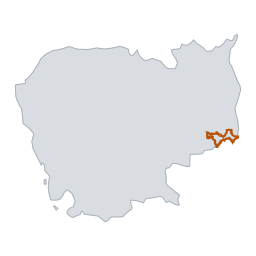 location of Ou Reang, Môndól Kiri, Cambodia
{"feature_id": "14789045B75407950785126", "entity_name": "Ou Reang", "entity_type": "district", "adm_level": 2, "iso_a3": "KHM", "parent_name": "Cambodia", "parent_adm1": "Môndól Kiri", "projection": "mercator", "projection_center": [107.115, 12.328], "detail": "fine", "context": "in_parent", "style": "outline", "palette": "amber", "viewbox_px": 256, "rotation_deg": 0, "n_neighbors": 0, "source": "geoboundaries", "source_scale": "gbopen_adm2", "svg_char_len": 7158}
<svg xmlns="http://www.w3.org/2000/svg" viewBox="0 0 256 256"><path d="M237.0,34.2L237.6,36.7L235.9,41.2L233.9,45.4L230.4,49.0L230.2,51.7L229.0,59.7L229.4,62.2L230.3,64.4L231.4,65.6L234.5,73.3L237.4,80.4L240.1,86.2L240.6,89.9L238.1,99.2L235.1,107.8L235.4,112.0L236.6,116.3L238.0,121.9L238.5,129.2L237.8,133.9L236.4,136.8L233.8,139.8L231.6,141.4L228.9,138.8L226.8,138.7L223.9,139.5L221.6,140.7L217.0,145.1L211.9,149.4L204.8,150.5L202.1,153.6L199.1,154.1L193.5,154.2L189.9,155.0L190.0,156.6L189.7,164.1L189.8,165.9L189.2,166.4L186.7,166.6L182.4,165.4L176.6,163.6L172.5,163.3L170.3,166.6L169.1,167.9L167.5,168.0L165.9,168.6L165.3,170.1L165.2,171.9L166.0,175.1L166.3,180.1L166.1,183.4L167.6,185.6L176.5,192.8L179.1,194.6L179.4,195.7L177.8,199.6L179.2,205.1L176.4,205.0L171.8,202.7L169.6,201.2L166.9,202.4L166.0,202.2L164.1,199.4L161.8,196.7L159.3,196.5L154.2,197.6L148.9,198.3L146.9,198.3L146.1,198.8L143.0,203.0L141.7,202.2L136.4,200.7L131.5,200.1L130.5,201.1L131.1,204.5L132.2,207.8L131.6,209.2L128.9,210.9L125.4,214.0L123.2,216.4L121.7,217.0L116.4,216.9L111.0,217.2L108.9,219.5L106.9,221.3L105.1,221.8L98.2,216.1L84.3,214.2L82.8,211.7L81.5,211.2L80.2,214.4L72.6,217.5L69.4,215.7L67.0,213.4L67.4,210.6L69.6,208.3L73.4,206.7L75.1,201.0L72.2,193.7L69.7,191.6L67.0,189.9L64.2,192.6L61.9,197.2L59.4,199.6L56.0,200.2L50.9,200.0L48.9,193.0L48.2,187.1L48.9,180.3L49.7,176.2L44.8,170.6L44.5,165.3L42.2,162.6L41.5,164.0L41.5,165.5L40.9,164.4L33.1,148.8L31.8,141.6L33.2,136.0L33.9,134.1L31.7,131.2L28.6,127.9L23.0,123.5L22.6,116.6L21.4,108.4L19.7,105.7L17.2,100.6L15.8,96.5L15.4,85.4L16.1,84.5L20.0,84.2L25.0,83.4L25.8,81.6L24.9,80.2L28.2,77.7L32.8,72.2L36.4,66.5L39.0,62.8L40.5,59.2L45.7,54.2L52.9,50.6L57.7,49.8L62.8,48.6L67.6,46.9L69.9,46.7L76.0,48.8L79.2,49.3L82.7,49.3L86.2,49.5L89.3,49.3L96.7,47.9L104.5,49.0L111.5,48.1L120.2,46.4L124.4,47.5L128.3,49.2L128.8,52.5L129.7,54.1L131.0,55.3L132.8,55.3L135.0,52.9L136.8,50.5L137.4,50.0L137.5,51.2L138.4,53.8L140.1,56.4L141.7,58.2L144.5,60.4L146.3,60.5L152.2,58.4L161.1,61.5L162.2,63.1L165.0,66.3L168.1,68.6L175.1,68.7L177.5,63.1L176.3,59.7L172.4,53.7L171.3,50.2L172.6,49.5L179.3,48.9L180.3,48.2L181.8,44.3L183.6,44.8L187.3,45.3L191.3,42.6L193.6,39.8L194.9,41.1L196.2,43.0L197.8,44.2L200.6,45.8L203.7,48.2L205.6,50.5L207.2,51.4L211.1,50.8L212.2,50.9L214.5,48.1L216.1,46.5L217.5,47.0L219.5,46.9L223.6,43.4L226.0,40.1L227.3,39.2L231.0,40.8L232.5,40.5L234.7,36.0L237.0,34.2ZM46.3,183.8L45.5,184.3L44.8,184.3L44.1,183.6L44.1,181.1L44.7,179.6L45.9,179.3L46.3,183.8ZM57.9,208.4L56.3,210.1L53.9,206.7L53.9,205.7L57.9,208.4Z" fill="#d9dde1" stroke="#a8b0b8" stroke-width="1"/><path d="M216.4,147.0L216.6,147.0L216.8,146.9L217.0,146.9L216.9,146.7L217.0,146.5L217.1,146.3L217.2,146.1L217.4,146.0L217.2,145.9L217.4,145.9L217.3,145.7L217.5,145.9L217.7,145.7L217.8,145.8L218.0,145.6L218.2,145.4L217.8,145.0L218.0,144.9L217.9,144.8L218.0,144.7L218.3,144.7L218.5,144.6L218.5,144.8L218.8,144.8L218.9,144.6L218.9,144.4L219.0,144.4L219.0,144.1L219.2,143.9L219.1,143.7L219.3,143.6L219.4,143.4L219.5,143.4L219.6,143.2L219.7,143.3L219.8,143.2L220.0,143.2L220.2,142.8L220.4,143.0L220.5,142.8L220.7,142.7L220.8,142.4L220.7,142.4L220.8,142.2L220.7,142.1L220.9,142.0L220.8,141.9L221.0,141.8L221.1,141.6L221.2,141.4L221.0,141.2L221.3,141.1L221.4,140.8L221.3,140.7L221.5,140.6L222.0,140.6L222.3,140.5L222.3,140.4L222.5,140.3L222.7,140.2L222.8,140.1L223.0,140.0L223.0,139.9L223.3,139.9L223.5,139.7L223.6,139.8L223.6,139.7L223.8,139.8L223.8,139.7L224.0,139.7L224.2,139.8L224.3,139.9L224.3,139.7L224.4,139.9L224.5,139.8L224.9,139.7L225.1,139.6L225.2,139.4L225.5,139.3L225.5,139.2L225.8,139.0L226.0,139.0L226.3,138.6L226.5,138.6L226.8,138.7L227.0,138.6L227.3,138.4L227.6,138.4L228.0,138.2L228.1,138.4L228.2,138.7L228.4,138.7L228.8,138.5L229.2,138.5L229.5,138.1L229.7,138.5L230.0,138.7L230.3,138.8L230.4,139.1L230.8,139.4L231.0,139.6L230.9,139.8L231.2,139.9L231.1,140.0L231.4,140.3L231.3,140.6L231.3,140.9L231.8,141.4L231.8,141.6L232.5,142.0L232.6,142.3L232.7,142.1L232.8,142.0L233.3,142.0L233.4,141.5L233.7,141.2L233.5,140.9L233.8,140.6L233.8,140.2L234.3,139.9L234.6,139.7L234.7,139.3L234.9,139.1L235.4,138.9L236.3,138.6L236.6,138.4L236.8,138.1L237.1,137.9L237.3,137.9L237.3,137.6L237.6,137.7L237.7,137.4L238.0,137.4L238.2,137.0L238.1,136.7L238.1,136.4L234.3,136.4L232.1,134.6L232.1,134.4L231.8,134.0L231.8,133.4L231.7,133.2L231.8,133.2L231.7,133.0L231.4,133.0L231.5,132.8L231.5,132.6L231.6,132.4L231.4,132.1L231.6,132.0L231.6,131.9L231.5,131.7L231.4,131.5L231.5,131.3L231.3,131.2L231.2,131.0L231.1,130.9L231.3,130.7L231.5,130.5L231.3,130.2L231.1,130.2L231.2,129.9L229.7,129.9L228.7,129.8L227.4,130.0L226.9,130.0L226.7,131.0L226.8,131.3L226.7,131.6L226.8,132.2L226.8,132.5L226.5,132.7L226.3,133.1L226.1,133.3L225.9,133.6L225.7,133.7L225.5,134.3L225.4,134.5L225.4,134.8L224.9,135.1L224.9,135.4L224.8,135.7L224.6,135.9L223.9,136.0L223.4,136.2L223.2,136.2L223.2,136.7L222.8,136.5L222.7,136.5L222.4,136.4L222.4,136.0L222.5,135.9L222.2,136.0L221.8,136.0L222.0,135.9L221.8,136.0L221.6,135.8L221.3,135.8L221.2,135.8L221.3,135.7L221.2,135.6L221.3,135.5L221.2,135.4L220.9,135.3L220.8,135.1L220.8,134.9L220.6,134.9L220.4,134.8L220.4,134.6L220.2,134.6L219.9,134.5L219.7,134.4L219.3,134.5L219.3,134.4L219.0,134.4L218.9,134.2L218.5,134.1L218.4,134.3L218.3,134.1L218.1,133.9L218.2,133.6L218.1,133.4L217.8,133.3L217.7,133.4L217.4,133.3L217.5,133.1L217.3,132.8L217.3,132.7L217.2,132.6L217.1,132.9L216.8,132.8L216.6,132.7L216.6,132.8L216.5,133.8L216.3,133.8L215.9,133.5L215.6,133.5L215.4,133.6L215.0,133.5L214.7,133.7L214.2,133.8L214.1,133.7L213.5,133.7L213.4,133.8L213.5,134.0L213.4,134.0L212.9,134.0L212.8,133.9L212.5,134.1L212.2,134.0L212.0,133.9L211.9,133.9L211.8,134.0L211.7,134.2L211.6,134.3L211.5,134.1L211.4,134.4L211.2,134.3L210.9,134.3L210.8,134.2L210.6,134.1L210.6,134.3L210.4,134.2L210.4,133.9L210.2,133.9L210.2,134.2L209.8,133.8L209.6,133.8L209.5,133.6L209.3,133.6L209.2,133.5L208.9,133.4L208.8,133.5L208.7,133.5L208.7,133.3L208.4,133.3L208.4,133.1L208.2,133.2L207.8,132.8L207.9,132.6L207.6,132.4L207.5,132.5L207.2,132.5L207.3,132.6L207.1,132.6L207.1,137.3L207.2,137.5L207.3,137.4L207.4,137.5L207.4,137.3L207.5,137.3L207.7,137.2L207.8,137.2L207.9,137.3L208.2,137.4L208.3,137.3L208.5,137.5L208.6,137.3L208.7,137.5L208.8,137.6L208.7,137.7L208.8,137.8L209.0,137.8L208.9,137.6L209.1,137.5L209.2,137.3L209.4,137.6L209.5,137.5L209.6,137.4L209.8,137.6L209.9,137.3L210.0,137.4L210.2,137.5L210.2,137.3L210.5,137.3L210.6,137.2L211.0,137.2L211.3,137.0L211.5,136.9L211.6,137.0L211.7,136.9L211.8,136.7L212.0,136.8L212.2,136.7L212.4,136.7L212.6,136.6L212.8,136.8L212.7,137.0L212.8,137.2L212.7,137.5L212.6,137.4L212.5,137.6L212.5,137.8L212.7,138.0L212.8,138.1L212.8,138.4L212.8,138.5L213.1,139.1L213.3,139.5L213.5,139.5L213.9,139.8L214.2,139.9L214.3,140.1L214.5,140.3L214.8,140.2L215.3,141.2L215.3,141.3L215.1,141.5L215.0,141.8L215.1,142.0L214.9,142.2L215.0,142.3L215.0,142.5L215.0,142.8L215.1,143.0L215.3,143.3L215.2,143.4L215.5,143.8L215.5,144.3L215.5,144.5L215.9,144.7L216.0,144.8L216.2,144.7L216.3,144.8L216.4,145.0L216.4,145.4L216.3,145.6L216.5,145.9L216.6,146.0L216.4,146.3L216.3,146.5L216.4,146.8L216.4,147.0Z" fill="none" stroke="#b45309" stroke-width="2"/></svg>